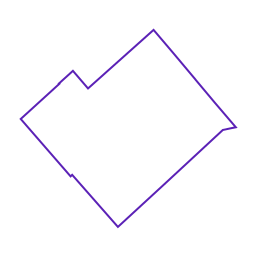 Trenque Lauquen, Buenos Aires, Argentina, rotated 273°
{"feature_id": "61730980B72658617364075", "entity_name": "Trenque Lauquen", "entity_type": "district", "adm_level": 2, "iso_a3": "ARG", "parent_name": "Argentina", "parent_adm1": "Buenos Aires", "projection": "robinson", "projection_center": [-62.544, -36.056], "detail": "fine", "context": "isolated", "style": "outline", "palette": "violet", "viewbox_px": 256, "rotation_deg": 273, "n_neighbors": 0, "source": "geoboundaries", "source_scale": "gbopen_adm2", "svg_char_len": 358}
<svg xmlns="http://www.w3.org/2000/svg" viewBox="0 0 256 256"><g transform="rotate(273 128 128)"><path d="M182.2,70.0L168.8,56.7L168.5,57.1L131.4,20.4L76.7,73.2L78.3,74.7L28.7,123.1L75.6,169.0L131.0,222.8L134.4,235.6L157.9,213.3L179.8,192.9L180.1,192.7L205.4,169.1L227.3,148.4L165.4,86.0L182.2,70.0Z" fill="none" stroke="#5b21b6" stroke-width="2"/></g></svg>